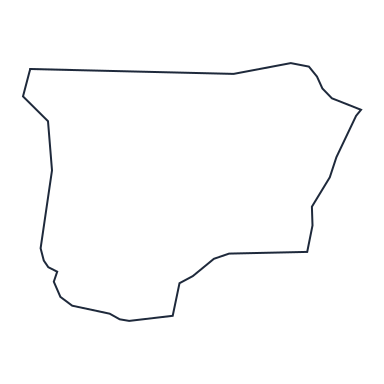 outline of Tržič
{"feature_id": "SVN-1019", "entity_name": "Tržič", "entity_type": "Municipality", "adm_level": 1, "iso_a3": "SVN", "parent_name": "Slovenia", "parent_adm1": "", "projection": "robinson", "projection_center": [14.327, 46.38], "detail": "fine", "context": "isolated", "style": "outline", "palette": "slate", "viewbox_px": 384, "rotation_deg": 0, "n_neighbors": 0, "source": "natural_earth", "source_scale": "10m", "svg_char_len": 522}
<svg xmlns="http://www.w3.org/2000/svg" viewBox="0 0 384 384"><path d="M30.1,69.0L233.6,73.9L290.8,63.1L308.9,66.6L317.0,76.6L322.4,88.5L331.9,98.3L361.0,109.8L356.1,115.8L336.4,157.2L329.8,177.3L311.9,206.7L312.5,225.5L307.2,251.9L229.1,253.6L213.9,258.8L192.8,276.1L179.5,283.2L172.7,315.8L129.2,320.9L119.7,319.3L109.7,313.7L72.2,305.7L60.4,296.9L53.8,281.7L57.2,271.7L48.3,267.2L43.8,260.6L40.6,248.3L52.0,170.4L48.0,121.2L23.0,96.4L29.6,71.3L29.9,70.4L30.1,69.0Z" fill="none" stroke="#1e293b" stroke-width="2"/></svg>